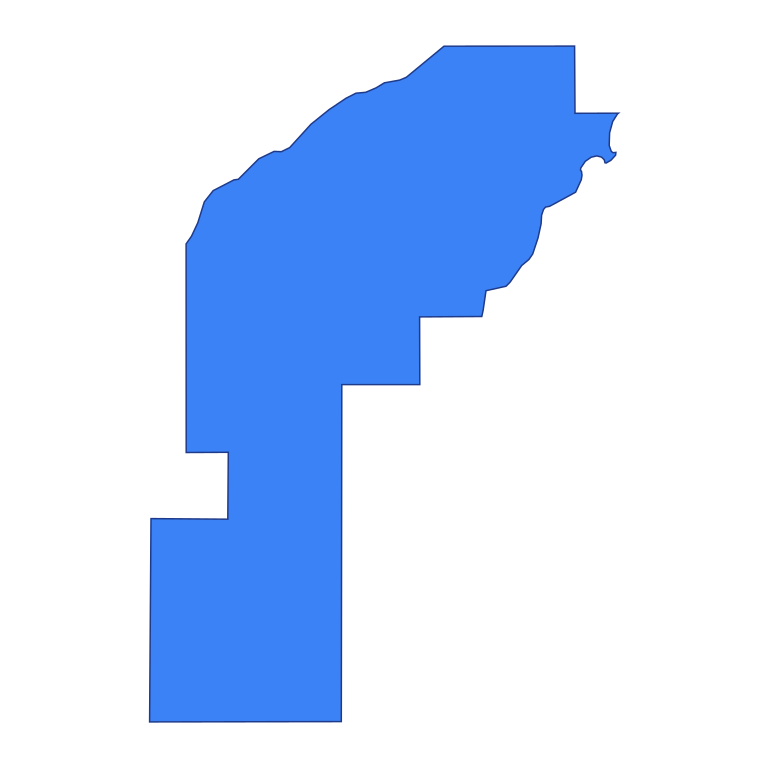 Houghton, Michigan, United States of America (Natural Earth projection)
{"feature_id": "52423323B54374789606174", "entity_name": "Houghton", "entity_type": "district", "adm_level": 2, "iso_a3": "USA", "parent_name": "United States of America", "parent_adm1": "Michigan", "projection": "natural_earth1", "projection_center": [-88.506, 46.853], "detail": "fine", "context": "isolated", "style": "filled", "palette": "blue", "viewbox_px": 768, "rotation_deg": 0, "n_neighbors": 0, "source": "geoboundaries", "source_scale": "gbopen_adm2", "svg_char_len": 963}
<svg xmlns="http://www.w3.org/2000/svg" viewBox="0 0 768 768"><path d="M341.3,721.6L341.8,384.6L419.8,384.6L419.6,316.9L481.8,316.5L483.1,310.5L486.0,290.7L506.1,286.2L510.2,282.0L521.7,265.5L528.9,259.5L532.7,254.0L538.0,238.0L541.1,223.8L541.6,215.2L543.5,209.5L545.5,207.1L549.6,206.3L575.6,192.2L581.3,179.7L582.0,175.2L581.5,171.3L580.5,170.3L580.8,167.9L585.3,161.3L591.2,157.2L596.8,155.9L601.5,157.1L604.2,159.7L605.0,162.8L606.2,163.0L610.9,160.3L615.6,155.2L615.9,152.4L612.9,152.7L611.2,151.2L609.2,145.5L609.6,132.8L612.7,121.5L617.5,113.9L618.4,113.2L575.0,113.3L574.6,46.1L444.0,46.2L406.3,77.3L399.6,80.1L384.4,82.8L376.0,87.9L365.7,92.3L355.9,93.2L346.1,98.2L329.4,109.4L311.0,124.2L289.7,147.6L281.3,151.7L274.1,151.4L258.8,158.8L238.3,179.3L233.9,179.9L213.2,190.6L204.3,201.9L197.8,222.8L191.5,236.2L186.1,243.9L186.2,452.5L228.3,452.3L227.8,519.2L151.0,518.6L149.6,721.9L341.3,721.6Z" fill="#3b82f6" stroke="#1e3a8a" stroke-width="1.5"/></svg>